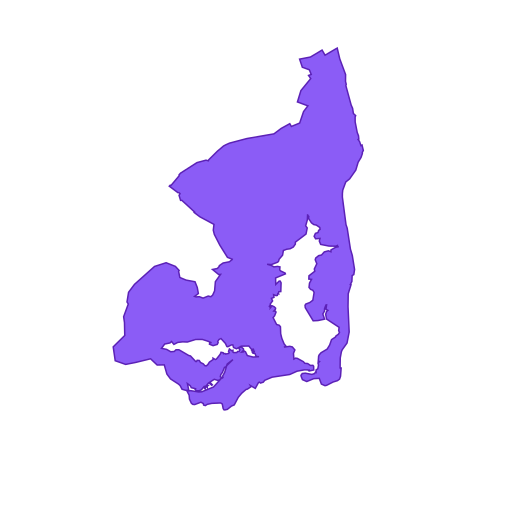 outline of Greater Monrovia, Montserrado, Liberia, rotated 240°
{"feature_id": "62588387B62702599090886", "entity_name": "Greater Monrovia", "entity_type": "district", "adm_level": 2, "iso_a3": "LBR", "parent_name": "Liberia", "parent_adm1": "Montserrado", "projection": "robinson", "projection_center": [-10.758, 6.319], "detail": "fine", "context": "isolated", "style": "filled", "palette": "violet", "viewbox_px": 512, "rotation_deg": 240, "n_neighbors": 0, "source": "geoboundaries", "source_scale": "gbopen_adm2", "svg_char_len": 6168}
<svg xmlns="http://www.w3.org/2000/svg" viewBox="0 0 512 512"><g transform="rotate(240 256 256)"><path d="M252.8,102.6L248.7,86.9L235.7,81.7L227.3,88.9L224.0,98.5L219.7,113.3L211.0,115.9L207.6,122.1L198.3,119.8L192.3,120.5L183.9,124.8L181.8,125.5L177.6,125.3L174.6,128.2L173.5,130.7L179.8,132.8L176.5,134.2L174.3,134.1L171.4,137.2L171.1,136.6L169.1,137.0L167.7,139.5L167.4,141.7L168.6,145.0L166.4,145.5L167.0,146.2L168.8,146.2L168.5,147.4L166.5,148.0L167.6,148.6L167.8,149.7L168.6,148.4L169.8,151.3L168.8,152.3L166.2,153.0L166.3,153.8L169.8,152.9L170.1,158.2L167.6,160.5L166.8,162.3L167.9,165.6L169.3,164.7L170.9,166.2L171.9,168.6L175.3,173.0L175.0,174.7L176.9,177.2L177.8,184.2L175.7,175.8L170.9,170.7L168.7,167.1L167.3,166.6L167.1,166.0L167.6,165.5L163.8,153.7L165.5,141.2L166.9,138.4L172.1,132.0L173.5,128.7L168.9,128.5L165.3,126.8L160.7,126.4L159.1,127.1L158.0,128.6L156.9,135.2L154.6,136.6L153.1,136.1L151.8,137.3L151.9,139.6L150.5,144.0L146.4,151.9L144.7,152.8L140.4,151.3L138.9,151.3L138.3,152.0L137.5,154.5L138.3,159.7L137.9,162.7L142.5,170.0L144.3,175.0L145.4,180.6L145.0,182.0L145.3,186.4L146.6,186.4L141.7,189.2L145.1,194.8L145.1,195.8L143.7,196.4L143.1,199.2L144.0,201.5L143.0,209.4L136.5,226.0L135.7,234.0L133.2,241.0L131.4,244.0L130.5,244.3L130.6,244.9L129.8,244.7L128.4,249.0L131.7,250.8L132.9,250.6L134.0,248.4L137.0,247.0L138.7,244.6L140.8,244.2L146.7,240.6L147.8,239.2L147.8,237.3L153.0,239.8L155.2,242.7L159.1,242.0L160.9,240.1L163.1,234.6L162.8,236.9L165.9,236.4L171.8,237.2L176.3,238.5L182.5,241.8L184.4,241.5L186.4,239.6L194.1,240.0L194.9,242.2L197.4,245.3L198.4,245.3L199.4,243.9L200.1,246.1L201.0,246.9L202.9,246.4L204.9,245.0L205.1,244.4L204.1,243.3L203.9,242.6L205.1,243.7L205.0,242.5L205.8,242.4L206.3,243.8L207.3,244.3L208.8,247.9L211.6,248.2L211.2,250.9L213.7,251.9L211.6,253.6L211.2,254.8L212.4,255.9L211.8,256.7L212.8,256.9L213.7,257.9L212.8,259.7L220.2,264.3L222.2,264.4L222.7,263.5L221.5,258.9L227.2,262.0L225.8,272.5L226.6,272.7L230.9,269.8L232.1,269.6L234.6,271.3L236.2,269.5L237.6,266.1L240.2,264.5L243.3,261.5L240.9,265.0L239.8,271.7L240.3,273.1L241.6,274.3L243.4,279.4L247.1,282.5L246.5,286.0L245.2,289.2L245.1,292.8L246.6,296.0L248.3,297.0L250.0,310.3L254.7,314.4L257.3,314.1L261.7,318.6L266.4,321.6L265.6,321.1L263.9,321.5L262.3,320.3L257.0,320.6L254.4,321.7L252.6,323.7L248.8,325.5L247.0,324.8L246.9,323.1L245.3,321.4L245.9,318.8L244.0,316.2L241.1,316.2L239.2,320.2L237.3,318.3L233.7,317.8L228.1,324.2L224.6,330.0L224.4,331.8L223.2,331.3L222.7,332.4L223.7,329.4L223.8,324.0L222.2,323.0L224.3,321.3L225.4,317.2L224.1,313.2L225.0,310.5L224.4,306.7L223.1,305.4L218.9,304.8L215.6,300.0L213.4,299.3L212.4,292.0L209.6,290.2L208.0,292.4L205.8,288.8L202.3,286.2L199.8,286.6L197.9,288.1L195.4,288.1L189.3,283.1L188.8,279.4L189.5,275.1L188.8,273.8L186.6,272.8L171.3,273.1L169.1,277.4L167.0,283.8L172.4,284.9L174.0,287.7L176.2,289.1L178.6,292.1L178.4,292.7L174.9,290.0L173.0,291.1L172.7,289.5L170.8,287.2L166.1,285.6L152.7,292.3L149.9,290.2L148.2,290.2L147.0,288.1L146.8,285.3L146.1,284.3L145.8,279.6L142.1,275.3L139.8,271.1L139.7,263.9L138.8,261.3L137.9,260.1L132.6,256.5L132.9,259.1L132.5,256.4L130.2,255.5L128.3,253.9L127.4,253.0L127.3,251.1L125.5,250.0L125.9,249.9L124.9,247.9L125.5,245.2L129.9,240.1L131.1,237.3L130.2,235.3L129.1,234.9L125.7,234.4L121.9,237.2L120.9,244.7L118.4,249.6L112.4,248.6L109.2,250.9L108.7,252.5L108.3,259.9L107.3,264.2L107.6,266.8L109.6,269.1L116.4,273.7L116.8,272.9L117.4,273.1L125.6,278.0L130.4,282.1L131.7,283.8L135.1,291.3L143.6,298.7L166.0,310.3L177.2,317.0L183.6,323.9L184.1,323.4L186.0,326.3L191.0,329.5L191.0,331.4L195.0,334.6L208.4,339.7L214.7,341.2L234.5,348.9L238.1,349.6L263.9,360.3L267.1,362.2L269.7,364.1L275.2,370.7L276.0,375.7L280.5,385.4L286.1,391.3L288.8,396.2L291.5,399.3L292.6,399.9L293.7,401.7L299.1,403.3L299.1,402.1L303.3,402.9L305.9,402.7L305.8,403.5L308.9,404.9L312.3,405.4L322.5,408.9L326.9,411.4L327.7,412.5L330.7,411.6L335.6,413.5L339.2,413.9L358.6,419.0L359.6,420.0L362.4,420.8L368.3,424.3L384.8,427.1L395.5,430.3L395.4,416.2L401.3,416.2L401.1,402.6L404.7,392.2L396.3,390.5L390.6,395.3L385.6,394.6L386.1,391.8L382.3,392.1L376.8,377.6L368.7,368.9L360.1,376.0L357.3,369.4L349.3,360.3L350.5,351.4L353.7,351.4L353.9,341.6L352.8,332.6L362.3,306.8L367.0,289.5L367.4,285.6L367.5,282.9L366.1,275.1L363.0,263.3L362.3,262.3L364.0,260.6L366.4,251.6L365.5,232.1L364.8,230.0L363.9,229.5L359.6,217.7L360.2,217.1L359.8,215.8L349.8,220.1L349.4,221.0L348.0,221.4L347.0,219.7L341.9,218.5L341.3,219.6L324.8,224.8L324.6,224.2L318.0,227.0L304.4,235.4L299.7,231.9L295.5,230.7L283.4,230.1L283.4,229.5L283.4,230.1L269.1,230.6L264.5,234.3L264.9,233.9L264.3,230.1L266.4,224.0L266.0,219.4L265.4,219.0L264.5,216.3L266.1,211.6L258.6,214.4L257.8,216.1L254.1,208.0L246.5,202.7L243.8,198.9L243.3,196.6L245.2,194.6L246.0,189.1L249.1,186.6L250.5,183.7L251.7,182.6L252.3,187.3L258.1,189.4L264.2,190.3L270.1,183.4L275.5,179.3L281.4,181.3L281.9,182.2L287.3,181.0L295.1,174.8L297.7,162.9L292.2,136.6L288.3,127.5L280.7,121.3L278.3,121.4L269.6,111.0L264.1,108.8L252.8,102.6ZM195.6,185.8L192.2,185.5L191.5,186.2L191.3,190.3L190.6,191.5L188.0,190.8L185.4,192.7L185.3,198.2L181.6,204.8L177.4,205.4L176.4,207.7L176.2,205.4L174.4,207.0L173.9,206.6L174.7,204.7L173.3,204.8L172.0,206.4L168.9,205.9L167.3,208.3L169.9,203.0L174.1,198.7L178.3,199.0L179.6,198.3L179.2,197.3L179.9,195.6L180.7,198.2L181.8,198.7L184.4,197.9L184.9,196.6L184.6,194.9L182.8,195.1L181.7,193.7L182.5,192.4L182.0,191.0L183.6,188.3L184.3,188.0L185.9,188.9L186.2,187.6L188.8,186.5L187.1,184.5L185.7,184.5L185.3,183.6L186.3,180.6L187.1,180.4L187.6,179.0L188.7,179.2L190.1,177.6L188.8,175.9L186.5,170.1L186.7,169.0L189.0,167.7L187.8,167.1L187.4,162.6L186.0,159.9L185.7,158.0L186.5,156.9L189.0,156.4L191.5,154.7L193.9,154.6L195.1,152.9L194.4,151.7L194.8,151.0L202.2,149.3L203.5,148.0L213.3,142.4L214.8,139.8L214.2,137.5L215.7,134.3L219.8,131.9L223.3,128.0L225.4,132.9L223.7,138.1L224.2,140.1L220.5,140.7L220.3,145.0L218.3,149.6L215.8,153.6L213.9,162.0L210.6,167.8L206.4,171.6L203.1,174.1L204.1,172.6L202.9,171.6L199.8,174.0L198.8,178.2L199.9,179.9L201.1,180.1L202.2,182.2L202.0,184.4L195.6,185.8Z" fill="#8b5cf6" stroke="#5b21b6" stroke-width="1.5"/></g></svg>